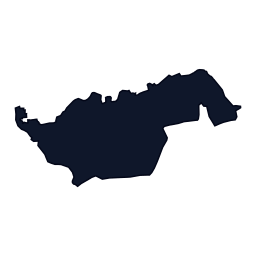 Ar-Rastan, Homs (Hims), Syria
{"feature_id": "27442178B10190550865888", "entity_name": "Ar-Rastan", "entity_type": "district", "adm_level": 2, "iso_a3": "SYR", "parent_name": "Syria", "parent_adm1": "Homs (Hims)", "projection": "orthographic", "projection_center": [36.766, 34.897], "detail": "fine", "context": "isolated", "style": "filled", "palette": "ink", "viewbox_px": 256, "rotation_deg": 0, "n_neighbors": 0, "source": "geoboundaries", "source_scale": "gbopen_adm2", "svg_char_len": 4246}
<svg xmlns="http://www.w3.org/2000/svg" viewBox="0 0 256 256"><path d="M240.6,107.7L240.5,106.3L236.0,105.7L233.0,106.0L228.3,100.7L224.6,96.6L223.3,92.8L222.3,90.0L220.5,87.7L214.4,80.2L214.2,79.9L213.2,79.0L212.5,77.9L212.1,77.5L211.8,77.1L210.9,76.3L210.1,76.1L209.9,76.0L207.7,74.1L207.1,72.9L206.5,71.5L204.6,71.0L204.0,70.1L202.4,69.9L201.0,69.8L200.9,69.8L199.4,69.7L197.9,70.1L197.5,70.2L197.2,70.4L196.2,71.2L196.0,71.3L195.9,71.4L195.1,71.9L194.6,72.2L193.8,73.0L193.1,73.1L192.0,73.8L191.2,74.2L191.0,74.4L190.4,74.5L190.1,74.7L189.9,74.8L189.5,75.1L185.6,75.6L180.9,76.1L179.3,73.6L171.8,76.7L169.0,75.3L166.1,77.9L165.6,78.3L159.5,83.6L158.3,84.6L155.8,85.3L154.3,83.7L153.1,84.4L152.8,85.6L151.6,84.4L149.7,83.4L147.9,84.0L147.3,85.0L147.5,85.3L147.9,86.3L148.7,90.3L143.7,91.9L142.8,92.2L142.2,92.5L141.6,92.8L141.4,92.8L140.6,93.1L139.2,93.8L137.8,95.0L136.9,95.1L136.6,95.2L136.0,95.2L135.3,95.1L135.5,93.2L134.8,93.6L133.5,93.2L132.7,93.1L131.8,93.2L131.2,93.5L130.7,93.2L129.0,90.5L127.6,91.0L122.6,90.5L119.8,92.4L117.8,99.2L117.0,100.1L116.7,100.4L116.4,100.6L116.2,100.8L116.1,101.0L115.9,101.2L115.9,101.4L115.6,101.4L115.0,101.5L114.7,101.5L114.4,101.5L114.2,101.6L113.9,101.6L113.7,101.5L113.3,101.6L113.0,101.7L112.8,101.7L112.5,101.8L112.3,101.8L112.2,101.8L111.9,101.8L111.7,101.7L111.3,101.4L111.1,101.1L110.9,100.9L110.8,100.7L110.8,100.4L110.8,99.8L111.0,99.1L111.1,98.6L111.1,98.3L111.1,97.7L111.0,97.4L110.8,97.2L110.6,97.1L110.4,96.9L110.3,96.7L110.0,96.6L109.3,96.6L108.8,96.7L108.3,96.7L107.7,96.7L107.3,96.8L107.0,96.9L106.8,97.0L106.5,97.2L106.0,97.3L105.9,97.4L105.8,97.5L105.7,97.7L105.6,97.8L105.7,98.0L105.8,98.2L105.8,98.7L105.8,99.3L105.8,100.0L105.9,100.5L105.7,102.1L105.7,102.3L105.6,102.5L105.4,102.6L104.1,102.9L103.7,103.2L103.3,103.3L102.9,103.6L102.3,103.5L102.0,103.5L101.9,103.4L101.8,103.1L101.8,102.8L101.5,102.1L101.1,100.9L100.7,100.1L101.0,96.7L101.1,96.0L101.0,95.5L100.5,95.1L99.8,94.8L97.3,93.9L94.6,92.7L93.6,92.6L92.4,92.8L91.7,93.6L90.5,96.1L89.6,97.3L87.6,99.3L85.4,100.5L83.2,100.6L79.7,99.1L78.3,98.6L75.2,99.8L73.4,101.1L66.8,107.9L65.0,111.1L63.0,112.0L60.7,115.6L56.8,117.1L55.9,120.7L55.9,122.0L53.6,123.0L49.5,123.1L43.6,124.4L41.4,124.8L39.1,123.8L39.0,122.6L38.2,121.7L37.6,121.5L36.9,119.9L36.8,119.3L35.5,119.4L33.7,119.7L32.7,119.8L30.6,120.1L29.4,120.2L29.4,119.9L27.8,119.9L27.9,120.7L27.9,122.0L28.0,122.8L26.4,122.9L24.7,122.5L24.1,122.3L23.7,122.9L23.4,123.4L22.7,123.4L22.8,122.6L22.4,121.8L22.0,120.9L20.2,120.4L20.1,119.1L21.0,119.0L22.3,118.7L22.2,117.7L23.8,117.5L24.8,117.4L25.7,117.3L26.6,117.2L26.4,114.6L26.5,113.7L25.5,113.8L25.1,113.8L25.0,112.2L25.1,110.0L23.7,110.1L23.7,108.3L22.9,108.3L21.5,108.3L20.0,108.4L19.7,107.2L19.5,106.5L15.4,108.1L16.0,114.1L15.8,119.9L18.0,125.8L21.5,129.2L24.3,130.3L27.5,132.2L29.1,134.5L30.5,136.4L31.9,137.6L31.2,139.5L31.5,139.7L32.1,140.2L32.3,140.3L32.8,140.7L33.7,141.3L33.8,141.3L38.6,141.0L38.5,141.4L38.0,145.5L38.2,145.8L44.8,154.2L45.2,155.1L46.0,157.2L47.9,161.7L51.2,163.1L54.9,164.3L57.9,164.3L61.1,164.5L63.3,165.3L65.4,166.0L67.3,166.7L67.9,166.9L68.6,167.1L71.9,171.4L72.5,172.2L73.8,176.3L74.1,177.0L72.4,181.1L72.5,182.7L73.6,184.0L75.4,184.5L77.6,186.3L77.9,186.1L78.0,186.0L79.5,184.8L79.8,184.6L81.0,183.6L90.5,178.1L90.7,177.9L91.8,177.3L93.6,176.6L95.8,175.8L97.6,176.7L102.3,179.1L107.1,178.3L109.4,177.9L114.0,177.7L118.1,177.5L118.3,177.5L120.3,177.4L125.5,177.2L129.5,177.0L130.0,177.0L140.2,175.2L147.1,175.0L149.4,175.0L149.5,175.0L150.0,174.4L151.7,172.6L154.3,168.1L156.8,162.4L157.9,159.7L162.7,147.1L163.3,146.1L166.7,140.2L167.2,137.8L163.5,130.1L163.1,129.4L162.7,128.5L163.3,127.7L163.5,127.3L163.6,127.2L164.1,126.4L169.8,124.9L171.2,124.7L173.4,124.3L178.2,123.4L182.2,122.2L183.0,121.9L184.2,121.6L185.0,121.5L189.6,121.0L191.0,120.8L196.0,120.2L196.4,120.2L197.0,120.1L197.5,120.1L198.3,118.9L198.9,114.7L198.7,105.2L200.2,103.9L200.8,103.3L200.9,103.2L201.3,102.8L201.5,103.1L202.8,104.8L203.8,106.1L206.8,106.3L206.8,106.5L209.2,116.5L213.6,123.7L214.8,125.8L215.3,125.6L219.6,123.7L223.5,122.2L231.0,120.3L235.2,119.8L236.2,118.0L236.8,116.8L235.6,110.8L235.9,110.5L236.5,110.2L237.2,109.8L239.3,108.6L240.6,107.7Z" fill="#0f172a" stroke="#020617" stroke-width="1.5"/></svg>